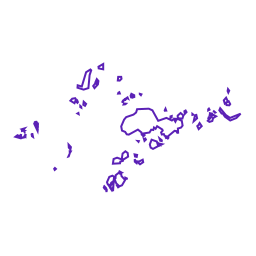 the district of Sulu, Sulu, Philippines
{"feature_id": "2640588B7308386302326", "entity_name": "Sulu", "entity_type": "district", "adm_level": 2, "iso_a3": "PHL", "parent_name": "Philippines", "parent_adm1": "Sulu", "projection": "natural_earth1", "projection_center": [120.931, 5.941], "detail": "fine", "context": "isolated", "style": "outline", "palette": "violet", "viewbox_px": 256, "rotation_deg": 0, "n_neighbors": 0, "source": "geoboundaries", "source_scale": "gbopen_adm2", "svg_char_len": 5899}
<svg xmlns="http://www.w3.org/2000/svg" viewBox="0 0 256 256"><path d="M166.8,136.5L165.9,137.7L165.3,137.0L166.0,138.0L167.0,137.6L166.7,138.9L167.1,137.9L168.1,138.3L168.7,137.3L168.3,137.7L168.3,136.7L167.8,136.9L167.5,136.7L174.6,130.8L177.0,131.2L176.7,131.9L177.3,132.8L178.1,132.7L177.9,128.5L181.0,127.6L182.6,125.6L181.8,120.9L178.1,119.0L176.3,119.7L175.4,121.7L174.8,120.7L175.7,119.7L173.8,119.0L171.9,120.5L166.4,117.9L158.2,120.8L152.4,110.3L148.8,108.7L137.1,109.2L136.1,112.5L133.5,114.6L126.2,117.1L124.1,119.6L121.2,126.4L122.0,130.6L125.2,131.9L126.7,134.3L128.8,134.6L137.9,129.6L141.4,132.4L141.7,134.6L143.6,136.1L144.5,135.2L143.4,134.6L144.8,134.3L143.1,134.2L143.0,133.5L149.5,132.5L151.2,129.7L153.3,130.0L154.0,127.5L155.6,128.8L157.1,126.2L162.3,129.5L162.7,130.6L161.1,132.4L161.8,134.5L163.8,134.1L164.6,135.8L166.8,136.5ZM90.4,69.5L86.1,72.2L81.8,86.5L77.7,85.3L77.5,87.7L83.6,89.6L88.4,88.1L89.6,75.1L91.2,70.3L90.4,69.5ZM118.7,172.8L115.7,175.2L115.5,178.3L114.5,179.0L116.3,183.4L119.4,186.3L122.0,185.3L125.1,180.0L121.5,176.1L121.2,174.2L118.7,172.8ZM151.6,139.7L149.8,144.5L150.7,147.6L153.0,148.9L158.2,146.1L156.8,141.5L151.6,139.7ZM220.2,108.2L219.3,110.3L221.6,113.5L222.6,113.3L224.9,116.7L230.2,120.5L236.4,118.0L240.6,113.7L230.1,117.9L225.8,115.0L220.2,108.2ZM113.6,181.0L114.1,176.7L112.4,175.7L109.3,176.9L107.0,182.2L107.8,184.4L110.5,185.2L111.2,182.8L113.6,181.0ZM117.1,157.7L113.6,159.0L112.9,163.7L120.0,163.3L120.3,161.6L122.9,160.9L123.1,159.9L117.1,157.7ZM125.4,151.3L122.6,153.6L121.9,158.0L123.2,159.7L128.1,156.6L127.7,153.0L125.4,151.3ZM213.0,113.8L210.0,113.2L209.6,115.4L210.9,115.2L211.6,116.8L207.8,120.8L209.4,121.9L212.3,121.0L213.1,118.1L216.1,116.3L213.5,114.9L211.8,115.7L212.1,114.5L210.6,114.1L210.3,113.3L213.0,113.8ZM180.6,113.0L177.7,115.6L177.7,117.0L178.4,118.3L182.4,118.6L183.4,115.5L180.6,113.0ZM96.8,79.1L95.1,83.0L95.8,81.7L96.4,82.5L96.7,81.1L97.2,81.2L97.0,85.1L95.9,82.6L93.2,86.0L94.5,88.1L97.9,84.4L98.4,81.0L96.8,79.1ZM103.2,64.0L98.5,66.7L98.7,68.4L103.2,69.3L103.2,64.0ZM75.2,98.2L72.2,98.7L70.4,100.7L74.5,103.2L76.0,99.4L75.2,98.2ZM142.7,159.7L139.1,161.5L136.7,161.3L140.0,164.3L143.2,162.2L142.7,159.7ZM199.6,123.0L199.0,124.0L199.7,123.9L199.7,124.3L197.3,126.1L198.7,129.1L201.7,126.1L199.6,123.0ZM113.1,187.6L113.9,181.0L111.8,183.2L111.6,184.4L110.7,185.5L110.7,185.8L110.6,186.4L110.2,186.8L110.1,187.8L112.0,190.5L113.1,190.3L113.2,188.8L112.2,190.2L111.5,188.4L113.1,187.6ZM226.1,97.7L223.8,100.3L224.8,103.6L227.8,101.4L226.1,97.7ZM228.7,101.3L225.9,103.0L226.5,105.1L229.3,105.3L230.2,104.1L228.7,101.3ZM121.2,76.9L118.2,76.9L117.8,80.5L119.7,80.6L121.5,78.8L121.2,76.9ZM197.1,118.3L196.3,114.9L195.8,115.0L195.4,115.3L194.6,117.0L193.7,121.3L197.1,118.3ZM36.5,121.8L35.3,121.9L35.1,122.2L34.9,122.2L34.2,123.7L37.6,131.0L37.8,129.1L36.8,128.2L36.3,125.5L35.2,124.9L34.9,122.4L36.1,122.1L36.6,123.2L35.7,123.7L35.6,123.4L35.5,123.5L36.9,125.0L37.7,124.1L36.5,121.8ZM83.7,101.7L83.3,104.8L85.0,105.8L86.1,103.9L83.7,101.7ZM17.5,135.2L15.4,136.8L20.0,138.1L19.4,136.1L17.5,135.2ZM68.6,144.6L68.8,147.6L70.4,149.5L70.9,147.1L68.6,144.6ZM131.4,93.8L130.6,95.7L131.3,98.1L131.3,95.4L131.8,94.8L133.8,95.4L133.1,97.4L134.3,97.0L134.2,95.2L131.4,93.8ZM25.4,134.7L25.4,136.0L24.9,135.4L24.3,136.4L24.9,135.9L25.2,136.5L21.0,138.1L25.3,137.2L25.6,135.1L26.3,135.3L25.4,134.7ZM137.1,154.9L134.6,154.4L135.0,156.5L136.7,156.9L137.1,154.9ZM185.6,110.5L184.4,111.2L184.8,113.9L186.5,112.1L185.6,110.5ZM24.5,128.4L21.8,129.2L23.1,130.0L21.8,129.7L22.0,131.0L24.2,130.4L23.3,130.0L23.3,129.7L24.5,128.4ZM228.0,89.1L227.6,91.0L228.3,92.6L229.2,90.7L228.0,89.1ZM127.5,97.4L123.4,100.2L122.8,101.0L122.4,101.7L122.3,102.7L124.4,99.6L124.6,99.9L125.3,100.0L126.9,98.0L128.0,98.6L127.5,97.4ZM158.6,143.4L159.5,145.6L162.2,144.2L160.2,143.8L160.3,144.7L158.6,143.4ZM134.7,159.2L134.8,161.7L136.5,163.1L136.6,162.5L134.7,159.2ZM104.4,186.3L103.8,187.5L104.4,188.4L104.7,187.8L104.1,187.6L104.2,186.9L105.7,187.8L106.5,192.0L106.8,189.9L105.9,187.9L104.4,186.3ZM159.5,138.4L160.2,140.7L161.7,141.1L161.8,140.3L159.5,138.4ZM145.3,138.5L144.4,138.9L144.9,140.3L144.1,139.5L144.5,140.9L145.9,139.6L145.3,138.5ZM54.9,168.0L54.2,168.8L54.7,169.9L55.9,168.9L54.9,168.0ZM37.6,124.4L36.4,125.7L36.7,126.9L36.8,127.4L36.9,127.5L37.1,127.7L37.0,128.1L37.5,128.5L37.7,126.8L37.0,127.5L36.6,126.0L37.4,125.3L37.1,126.4L37.5,126.3L37.7,126.6L37.9,126.6L37.6,124.4ZM213.2,110.6L215.0,112.7L215.4,112.5L213.2,110.6ZM32.4,134.0L32.0,134.0L31.7,134.2L31.6,134.8L31.8,135.2L31.7,134.2L32.0,134.0L32.3,134.1L32.0,136.2L33.0,136.9L32.4,134.0ZM119.3,92.2L118.4,92.7L118.1,93.6L119.8,93.5L119.3,92.2ZM70.8,151.4L69.7,151.3L69.8,153.1L70.8,151.4ZM171.7,116.0L170.5,116.4L170.4,118.0L171.6,117.4L171.7,116.0ZM110.6,185.7L109.0,185.8L110.1,187.5L110.1,186.9L110.6,185.7ZM141.4,94.3L139.8,93.8L139.8,94.2L140.9,95.2L141.4,94.3ZM208.9,108.6L208.2,109.3L208.2,110.4L209.5,109.7L208.9,108.6ZM80.3,105.9L80.3,107.1L81.3,107.7L81.2,106.7L80.3,105.9ZM21.1,134.1L21.1,134.4L20.5,134.9L20.3,135.6L20.9,137.6L21.1,134.1ZM121.7,172.6L119.5,171.4L119.3,171.9L119.7,173.3L121.7,172.6ZM165.5,108.7L164.7,110.4L164.8,110.7L166.2,110.6L165.5,108.7ZM124.0,103.5L123.6,104.5L125.2,104.3L125.7,104.0L126.0,103.7L124.0,103.5ZM127.6,178.8L125.4,177.7L125.4,177.9L126.4,178.8L127.6,178.8ZM209.4,117.5L208.6,117.5L208.1,119.3L209.4,117.5ZM78.4,113.0L77.5,113.5L78.6,114.1L78.4,113.0ZM132.9,97.6L131.8,96.1L132.1,96.6L131.8,96.6L131.8,96.8L131.7,96.9L131.7,97.0L132.9,97.6ZM77.5,101.1L76.9,102.3L77.4,102.8L77.9,102.1L77.5,101.1ZM24.9,132.9L24.2,130.9L24.2,131.2L24.9,132.9ZM138.8,141.1L137.7,141.0L138.5,141.8L138.8,141.1ZM176.9,118.9L175.5,118.8L176.2,119.5L176.9,118.9ZM193.4,114.7L192.4,113.9L192.4,114.9L193.4,114.7ZM68.7,156.4L69.6,153.8L68.4,156.5L68.7,156.4ZM118.1,187.3L118.7,186.9L117.6,186.5L118.1,187.3Z" fill="none" stroke="#5b21b6" stroke-width="2"/></svg>